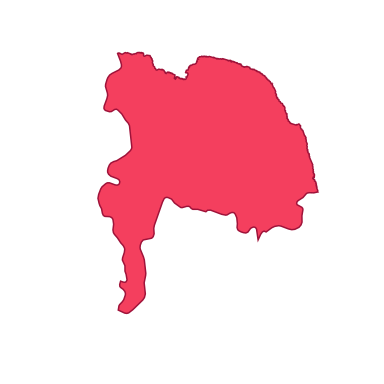 the district of Sosua, Puerto Plata, Dominican Republic, rotated 20°
{"feature_id": "3306468B55760825381670", "entity_name": "Sosua", "entity_type": "district", "adm_level": 2, "iso_a3": "DOM", "parent_name": "Dominican Republic", "parent_adm1": "Puerto Plata", "projection": "orthographic", "projection_center": [-70.473, 19.663], "detail": "fine", "context": "isolated", "style": "filled", "palette": "rose", "viewbox_px": 384, "rotation_deg": 20, "n_neighbors": 0, "source": "geoboundaries", "source_scale": "gbopen_adm2", "svg_char_len": 5853}
<svg xmlns="http://www.w3.org/2000/svg" viewBox="0 0 384 384"><g transform="rotate(20 192 192)"><path d="M310.3,148.9L309.7,148.5L309.7,147.6L307.9,145.7L307.9,145.1L307.4,144.8L307.4,144.2L306.8,143.9L306.8,143.3L306.2,143.0L306.2,142.0L305.3,141.4L305.3,140.8L304.7,140.1L303.5,139.8L303.5,139.2L303.0,138.6L302.1,138.6L302.1,138.3L300.9,138.0L300.9,136.7L301.5,136.7L301.5,136.1L301.8,136.1L301.5,134.9L301.2,134.9L301.2,133.9L300.6,133.3L300.0,133.3L300.0,132.7L299.1,132.1L299.1,131.1L298.6,130.8L298.3,129.3L297.4,128.6L297.1,127.1L296.2,126.2L296.2,125.2L290.6,119.3L290.6,118.7L289.8,118.1L289.5,116.8L288.9,116.5L288.9,115.9L287.4,115.3L287.1,114.3L286.5,114.0L286.5,113.1L286.0,113.1L286.0,112.5L285.1,111.8L284.8,110.0L283.9,109.0L283.9,107.5L281.9,105.3L281.6,104.1L280.4,102.8L280.7,102.2L279.2,100.7L278.6,100.7L275.1,96.3L274.5,96.3L273.6,95.4L272.8,95.4L271.9,94.4L271.3,92.6L270.7,92.6L269.8,91.6L269.0,91.6L267.8,92.9L267.2,92.9L266.9,93.5L261.1,93.8L261.1,93.5L259.9,93.2L259.6,92.6L258.1,92.3L258.1,91.6L257.5,91.0L257.0,91.0L256.4,90.1L255.8,90.1L255.8,88.8L255.2,88.5L254.9,87.0L254.3,86.7L254.3,86.0L253.7,86.0L252.0,84.2L252.0,83.6L251.1,83.2L250.5,81.1L249.6,80.1L248.8,80.1L248.5,79.5L247.9,79.5L246.7,78.0L244.9,78.0L244.1,77.0L242.6,76.7L242.0,75.5L241.1,75.5L240.6,74.8L240.0,74.8L240.0,74.2L239.4,74.2L238.8,73.6L238.8,73.0L237.9,72.4L237.9,71.4L236.5,70.5L236.2,68.9L233.5,66.1L232.9,66.1L230.6,63.6L230.6,63.0L229.7,63.0L229.7,62.7L229.1,63.0L227.7,61.5L226.8,61.5L226.2,60.8L225.0,60.8L224.5,60.2L223.6,60.2L223.3,59.6L222.7,59.6L222.4,59.0L220.6,58.4L220.6,58.0L218.0,57.7L217.7,57.1L216.0,57.1L216.0,56.8L214.5,56.5L214.5,56.2L212.2,56.5L212.2,56.2L211.0,56.2L211.0,55.9L208.3,55.9L208.3,55.6L206.9,55.9L206.9,56.2L204.2,56.2L203.7,55.2L200.7,55.2L200.7,55.6L199.6,55.9L198.7,56.8L198.1,56.8L198.1,56.5L196.1,56.8L195.2,55.9L194.6,55.9L194.3,55.2L193.1,55.2L193.1,55.6L190.2,55.6L190.2,55.2L187.3,55.6L187.3,55.2L185.5,55.2L184.9,56.2L184.1,56.2L183.8,55.2L182.9,55.2L182.9,55.6L182.3,55.6L181.7,56.2L180.8,56.2L180.8,55.9L175.6,56.2L175.6,56.5L174.7,56.5L174.4,57.1L172.9,57.1L172.3,57.7L170.9,57.7L170.9,58.0L169.7,58.0L169.7,58.4L166.5,58.0L166.5,58.4L161.8,58.7L160.9,59.6L159.5,59.6L159.5,59.9L158.6,59.9L158.6,60.2L157.1,60.2L157.1,60.5L155.9,60.8L155.9,61.2L154.5,61.2L154.2,61.8L152.7,62.4L152.7,63.0L151.6,64.3L151.8,65.5L152.1,65.5L151.8,65.8L151.8,67.7L152.1,67.7L151.8,69.9L150.7,71.1L149.2,71.7L148.0,73.3L147.5,73.3L146.9,73.9L146.9,75.2L146.6,75.2L146.6,76.1L146.3,76.1L146.6,78.6L145.1,79.5L145.1,81.7L145.7,81.7L145.7,82.0L147.2,81.7L148.0,82.6L148.0,85.4L147.7,85.4L147.7,86.4L147.4,86.4L147.7,86.7L147.7,87.9L147.2,88.5L146.3,88.5L146.3,88.8L145.1,88.8L145.1,89.2L143.9,88.8L143.9,89.2L142.5,89.2L142.5,89.5L141.0,89.5L140.7,88.8L138.4,88.8L137.8,89.5L137.8,90.4L138.1,90.4L137.8,91.6L136.6,91.3L136.0,87.9L132.8,87.6L132.8,87.3L131.1,87.3L131.1,87.6L129.6,87.3L129.6,87.6L128.7,87.6L128.7,87.9L127.8,87.9L127.2,89.5L126.4,89.5L125.8,88.5L125.2,88.5L124.0,87.3L122.6,87.0L122.6,87.3L121.4,87.3L121.4,87.6L118.8,87.9L117.3,89.5L116.4,89.5L115.5,88.5L114.7,88.5L114.1,87.3L112.6,86.7L112.0,86.0L112.0,85.4L110.6,84.2L110.3,82.3L109.1,81.4L109.1,80.7L108.2,80.4L107.6,79.5L107.0,79.5L105.9,78.2L102.7,78.9L100.9,80.7L100.3,80.7L99.7,80.1L99.4,78.9L98.6,78.6L98.6,78.2L97.1,78.2L97.1,78.6L96.2,78.6L96.2,78.9L94.7,78.9L94.7,79.2L93.3,79.5L92.4,80.4L92.4,81.0L91.2,81.4L90.4,82.3L89.8,82.3L88.6,83.5L87.7,83.5L87.7,83.2L83.6,83.2L83.3,83.8L81.6,83.8L79.2,86.6L76.6,86.3L76.6,86.6L75.1,86.6L74.7,87.3L80.1,93.5L82.1,96.4L82.8,98.3L82.8,99.8L81.5,102.4L76.3,107.9L74.6,110.3L73.8,113.3L73.7,115.6L74.0,120.3L74.6,122.4L78.7,128.0L79.7,130.1L80.1,133.3L80.1,141.3L80.6,143.4L81.6,144.5L82.9,145.0L87.0,144.8L88.7,144.0L91.2,140.8L92.8,140.0L94.5,140.4L99.4,142.7L104.9,147.1L108.7,149.2L110.6,151.1L120.2,170.6L120.4,172.0L120.0,174.1L116.9,180.3L110.5,188.4L108.0,190.2L105.8,192.7L105.1,195.1L105.0,198.4L105.4,200.8L106.0,202.3L107.5,203.8L110.3,204.9L117.3,205.0L119.3,205.5L120.7,207.1L120.9,209.0L120.4,210.2L119.3,211.2L117.3,211.6L111.3,211.6L109.2,212.4L108.0,213.8L105.7,217.9L105.2,220.3L105.1,226.1L105.8,230.1L108.5,234.3L110.1,236.3L112.7,238.6L115.1,242.7L116.8,244.4L118.5,244.7L123.1,243.3L125.1,243.5L126.3,244.1L127.2,245.0L129.4,249.1L130.7,254.7L132.1,257.1L133.7,258.4L137.5,260.5L142.5,264.2L145.7,265.9L147.7,267.7L148.4,268.9L149.1,272.0L149.3,277.6L149.8,279.7L154.2,284.2L156.1,289.3L158.3,292.0L161.0,296.8L160.8,298.8L159.9,299.8L158.1,300.2L155.4,300.2L155.7,303.7L156.5,305.4L157.5,306.1L160.6,307.0L162.9,308.4L164.1,310.0L164.6,311.6L164.7,316.5L164.1,318.9L162.5,322.6L162.3,324.0L163.1,328.2L170.1,328.8L172.2,328.4L173.8,327.3L176.6,322.9L182.7,310.3L183.4,307.4L183.0,303.7L178.1,293.7L177.0,286.4L176.4,284.2L170.4,272.1L168.5,269.5L163.0,263.5L162.2,262.1L161.6,259.7L161.6,256.4L162.6,253.7L169.6,249.4L170.4,248.4L170.8,247.1L170.7,244.3L168.5,239.2L168.0,236.0L167.7,211.4L168.1,207.7L168.9,206.4L170.2,205.6L171.6,205.4L175.3,205.7L179.3,208.3L186.7,210.4L188.0,210.1L191.9,207.3L193.7,206.6L194.9,206.6L196.9,207.7L198.6,208.0L203.4,206.3L211.8,205.8L212.9,203.8L215.6,202.7L227.6,202.8L231.6,202.2L232.8,201.5L234.7,199.1L236.3,197.7L237.6,197.2L238.8,197.2L240.3,198.1L242.9,200.9L245.5,206.3L246.5,210.0L247.9,211.8L249.4,212.4L251.8,212.7L254.2,212.6L256.6,212.1L258.2,210.6L259.4,206.4L260.2,205.2L261.9,203.8L263.3,203.6L264.5,204.1L265.4,204.9L270.5,214.4L271.0,208.3L271.8,205.4L273.1,204.1L275.3,204.2L279.2,198.3L281.5,196.0L285.0,194.0L287.3,193.6L295.4,193.7L298.6,193.3L301.4,191.9L304.6,188.6L305.7,185.7L305.7,182.7L303.4,176.7L302.3,170.7L301.6,169.5L300.4,168.8L295.1,168.0L294.3,167.0L294.0,165.7L294.6,163.9L298.2,159.2L299.9,154.7L300.6,153.6L302.3,152.6L306.8,151.1L310.3,148.9Z" fill="#f43f5e" stroke="#9f1239" stroke-width="1.5"/></g></svg>